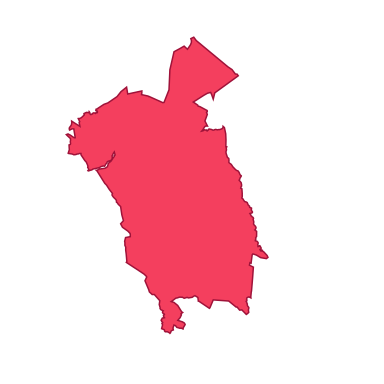 Coquimatlán, Colima, Mexico, rotated 232°
{"feature_id": "50627088B5887634213656", "entity_name": "Coquimatlán", "entity_type": "district", "adm_level": 2, "iso_a3": "MEX", "parent_name": "Mexico", "parent_adm1": "Colima", "projection": "orthographic", "projection_center": [-103.915, 19.176], "detail": "fine", "context": "isolated", "style": "filled", "palette": "rose", "viewbox_px": 384, "rotation_deg": 232, "n_neighbors": 0, "source": "geoboundaries", "source_scale": "gbopen_adm2", "svg_char_len": 6002}
<svg xmlns="http://www.w3.org/2000/svg" viewBox="0 0 384 384"><g transform="rotate(232 192 192)"><path d="M224.6,256.9L223.6,256.0L223.4,254.5L224.1,252.3L224.7,251.6L225.4,250.2L226.7,249.3L227.3,248.0L227.3,247.4L227.8,246.6L229.2,245.9L231.2,244.2L230.8,242.5L230.8,241.5L231.1,241.4L231.5,241.5L231.9,241.7L232.4,240.8L233.3,240.2L233.4,238.5L234.0,237.2L234.2,238.1L234.3,238.8L235.5,241.8L235.6,242.5L235.5,243.5L234.4,244.8L240.0,245.9L243.7,251.8L245.9,252.5L245.9,253.5L246.9,254.1L254.6,250.7L255.8,249.7L256.9,250.0L262.1,248.4L260.9,261.0L260.3,265.0L259.0,268.0L256.2,267.3L252.1,265.9L256.1,271.0L255.1,300.0L257.1,300.1L258.3,298.8L263.8,298.9L268.7,297.3L308.7,288.6L312.9,288.7L313.6,285.5L311.5,284.7L310.0,283.3L308.8,281.1L307.3,276.3L311.8,275.6L312.5,270.6L313.6,264.2L301.9,249.8L286.7,236.8L279.8,225.1L280.4,224.0L293.7,217.0L293.8,216.7L294.6,216.5L299.8,212.2L300.9,213.4L302.5,214.7L308.8,201.7L314.9,205.0L314.8,197.8L313.3,191.7L314.0,180.5L315.3,176.6L315.9,169.4L315.7,169.1L316.3,167.3L316.2,167.2L315.9,167.2L315.5,166.4L315.3,166.4L314.7,166.5L314.3,167.1L313.8,167.1L313.2,166.4L312.9,166.3L312.9,165.8L313.6,165.2L313.4,164.3L313.8,164.2L314.8,163.4L315.1,162.6L315.1,161.8L314.8,161.6L315.1,160.8L315.2,160.0L315.5,160.0L315.9,159.7L317.2,160.1L317.4,160.3L317.5,160.3L317.6,160.1L318.1,160.4L318.3,160.4L317.7,159.9L318.2,159.8L318.2,159.4L318.6,159.3L319.3,158.0L319.6,158.0L319.8,157.6L320.3,155.2L319.7,155.0L319.7,154.8L319.3,154.7L319.0,154.4L318.7,150.4L319.1,148.7L319.4,148.2L319.6,148.1L319.9,147.6L316.5,146.8L316.3,145.9L312.7,144.1L319.6,141.6L322.0,140.8L321.6,140.5L320.8,140.1L319.3,138.5L318.8,137.4L318.3,135.4L318.1,134.9L317.3,134.1L316.3,133.7L316.3,134.1L315.9,134.4L315.9,135.2L315.5,136.5L314.5,137.7L306.7,133.4L307.0,132.9L307.7,132.4L311.8,131.1L313.7,130.2L313.8,130.0L314.1,130.0L314.6,128.3L313.5,128.4L308.9,129.1L307.5,128.1L306.5,127.0L305.0,126.2L304.4,125.4L304.8,124.1L300.8,121.3L299.0,118.6L298.9,118.8L298.3,118.5L296.2,120.5L295.5,121.1L294.7,121.5L294.2,121.7L293.4,122.8L292.8,124.1L292.8,124.6L292.0,125.8L291.7,127.0L290.7,128.2L290.3,127.8L289.4,127.4L282.8,126.9L280.8,127.1L277.9,126.4L276.7,126.0L275.9,125.4L275.7,125.0L275.5,124.9L275.2,125.0L274.1,124.7L272.9,124.4L273.0,123.2L272.5,123.2L272.1,124.0L271.6,125.6L271.1,126.6L271.0,128.2L268.8,132.8L268.2,134.3L268.1,135.7L267.2,138.1L266.1,139.0L267.0,141.1L267.3,142.7L267.9,143.5L267.9,144.7L266.8,147.6L267.0,148.9L267.9,150.1L269.8,151.4L270.1,152.3L270.9,153.8L271.4,155.4L268.5,154.2L268.5,153.0L267.9,152.7L267.2,149.9L267.0,149.7L266.2,147.3L266.1,143.9L264.0,140.9L264.2,138.2L267.0,133.3L267.6,130.6L268.0,129.9L267.9,129.9L267.5,130.1L266.7,130.1L252.5,128.6L250.0,128.9L244.9,128.4L239.8,128.4L239.3,127.5L238.5,127.0L236.2,126.9L233.2,127.3L231.9,127.2L230.5,126.2L229.4,126.5L227.7,126.3L224.5,126.8L217.3,122.7L211.6,120.3L210.9,116.2L207.0,115.5L200.6,117.4L197.4,117.7L196.8,117.4L194.8,115.9L197.0,111.6L194.8,108.8L194.4,108.4L193.6,108.1L191.3,106.3L189.3,105.8L187.1,104.0L183.7,102.0L177.4,97.9L177.0,96.9L157.1,103.6L154.1,104.1L152.9,104.0L151.0,100.3L141.8,97.8L139.5,96.9L135.7,97.5L134.4,99.2L126.2,99.7L123.5,96.9L120.3,95.6L119.9,95.1L118.9,95.0L118.1,95.1L117.1,95.7L116.2,95.7L116.1,95.9L115.8,95.2L115.1,94.5L113.8,94.5L113.4,94.9L112.4,94.8L112.3,93.5L111.0,92.9L109.9,92.9L110.1,92.3L110.8,91.4L110.9,90.9L110.4,89.9L110.3,89.4L109.7,88.6L109.0,88.7L108.5,88.4L108.2,88.4L107.3,88.6L107.1,88.5L106.8,87.8L106.8,87.3L105.5,87.1L103.0,83.9L100.7,85.3L99.9,85.2L99.4,84.8L98.8,84.8L98.3,84.9L97.9,85.4L97.1,86.5L94.8,87.6L94.2,87.6L94.3,88.4L95.0,89.4L95.3,90.1L95.2,91.4L94.9,91.9L94.8,92.4L96.3,93.1L96.8,93.6L97.9,95.4L98.3,95.8L98.2,95.9L96.9,96.7L94.7,96.7L91.9,98.7L91.5,99.6L89.5,100.6L89.6,100.8L90.2,101.0L91.7,104.9L92.0,105.1L93.4,105.3L94.2,105.1L94.7,104.7L95.3,104.7L99.6,101.8L100.3,105.3L101.7,108.0L102.8,108.3L102.8,110.5L104.0,110.1L111.4,110.9L116.1,109.8L118.4,108.2L118.3,113.9L117.6,115.2L116.8,117.5L114.9,119.7L113.1,120.4L112.4,122.1L112.4,122.5L111.5,123.7L111.2,123.7L110.7,124.0L108.9,127.3L108.8,129.1L108.5,130.5L105.3,131.7L102.1,129.8L101.9,130.1L89.6,134.1L89.7,134.8L93.9,142.3L83.5,153.8L74.2,155.9L73.6,156.7L69.6,156.8L68.4,158.7L62.1,159.4L62.0,160.9L62.2,162.6L64.3,163.8L65.7,165.5L66.5,165.7L67.6,165.6L69.0,166.0L69.7,166.7L70.3,166.7L71.8,167.4L72.3,167.2L72.6,167.6L72.6,168.0L73.0,168.8L74.0,169.0L74.9,170.4L74.3,172.3L72.3,173.2L73.3,173.9L76.8,177.2L77.3,177.9L86.7,186.6L95.0,194.1L99.0,192.2L100.6,194.1L99.5,194.7L105.5,200.8L105.7,201.9L102.7,203.9L98.0,205.7L93.7,209.6L93.7,211.6L95.8,212.1L100.6,211.7L101.8,211.2L102.7,211.6L102.9,211.4L102.8,210.8L103.1,210.6L102.9,210.4L102.9,210.1L103.4,209.9L103.8,210.2L104.2,210.3L104.6,210.0L104.8,210.1L104.8,210.6L104.5,211.3L105.6,212.1L107.9,212.4L108.1,212.1L108.0,211.3L108.4,210.4L108.6,210.5L108.8,210.9L110.1,211.4L110.7,212.4L111.6,213.0L113.2,212.9L114.6,211.9L115.1,212.3L115.6,213.4L116.7,213.9L117.2,215.5L121.2,218.7L123.4,218.2L123.4,218.7L124.3,220.4L125.7,220.9L127.9,220.7L128.9,220.8L130.4,222.3L132.9,223.4L133.4,224.3L134.4,224.5L135.2,224.1L136.1,224.2L136.6,223.9L138.2,224.3L139.4,224.4L138.7,226.1L138.6,226.8L138.8,227.1L139.2,227.4L141.3,227.6L141.6,227.8L142.0,228.5L142.8,229.0L143.7,228.3L144.0,228.3L144.4,228.0L145.4,228.6L147.2,228.3L149.7,229.0L150.7,228.6L152.1,227.6L154.0,227.7L155.0,227.9L156.6,227.6L157.4,228.7L158.2,229.4L158.6,229.5L159.4,230.3L163.8,233.3L165.0,232.7L166.0,234.1L166.1,234.7L167.3,235.6L168.3,236.1L169.2,236.5L172.3,236.4L172.7,237.5L173.3,238.2L174.2,240.6L174.4,240.8L176.1,240.5L178.5,241.2L179.2,241.2L179.7,241.3L180.4,241.2L181.4,240.5L182.8,240.1L186.8,239.7L188.8,239.9L189.8,239.9L191.8,239.3L192.7,239.3L193.9,240.4L195.5,241.5L195.9,241.6L196.5,241.5L197.4,241.2L201.5,242.7L202.8,243.5L204.0,245.2L204.5,245.3L205.1,245.7L206.3,247.2L206.8,246.5L212.2,250.9L217.1,254.4L222.8,257.2L224.6,256.9Z" fill="#f43f5e" stroke="#9f1239" stroke-width="1.5"/></g></svg>